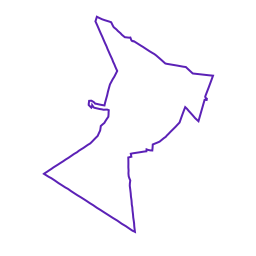 the district of Ana, Al-Anbar, Iraq, rotated 17°
{"feature_id": "34846034B40379251126698", "entity_name": "Ana", "entity_type": "district", "adm_level": 2, "iso_a3": "IRQ", "parent_name": "Iraq", "parent_adm1": "Al-Anbar", "projection": "mercator", "projection_center": [41.794, 34.329], "detail": "fine", "context": "isolated", "style": "outline", "palette": "violet", "viewbox_px": 256, "rotation_deg": 17, "n_neighbors": 0, "source": "geoboundaries", "source_scale": "gbopen_adm2", "svg_char_len": 2797}
<svg xmlns="http://www.w3.org/2000/svg" viewBox="0 0 256 256"><g transform="rotate(17 128 128)"><path d="M65.7,30.7L65.7,33.8L65.7,35.6L66.1,36.0L68.5,38.7L71.3,42.0L74.2,45.4L76.7,48.2L78.7,50.6L81.0,53.3L83.6,56.2L85.4,58.5L87.5,60.9L89.2,62.9L91.0,64.9L92.8,66.9L94.3,68.9L96.4,71.2L98.0,73.2L99.4,74.8L101.0,76.6L100.5,79.6L99.9,83.0L99.1,85.9L98.5,89.0L98.0,91.6L98.1,95.9L98.2,99.1L98.5,102.8L98.6,107.5L98.7,110.7L98.9,113.3L96.5,113.6L93.8,113.9L90.7,114.1L89.5,114.3L88.1,113.4L86.1,112.8L84.9,112.6L82.9,113.4L83.4,116.5L83.7,117.5L85.4,118.4L87.0,119.3L87.4,118.1L87.1,116.7L88.7,118.0L89.7,118.5L92.8,118.3L95.6,118.1L97.5,117.8L99.3,117.7L101.4,116.9L102.6,116.5L103.3,116.5L104.4,116.6L104.8,118.5L105.4,120.6L105.9,123.0L105.0,125.8L104.3,128.3L103.9,130.1L102.7,131.9L101.4,134.0L101.8,136.4L102.1,138.6L101.7,141.3L101.3,144.5L100.2,146.5L99.0,148.8L97.7,151.4L96.4,153.8L94.4,156.0L92.6,158.3L91.1,160.2L89.4,162.1L87.6,164.2L86.4,166.0L83.9,168.7L82.1,171.0L79.8,173.9L77.5,176.5L75.7,178.8L73.7,181.1L71.7,183.5L68.3,187.4L66.7,189.5L65.1,191.4L63.5,193.4L61.2,196.1L61.0,196.4L63.6,197.1L66.6,197.9L69.3,198.4L73.7,199.7L77.6,201.0L81.3,202.0L85.5,203.2L88.5,203.8L92.0,205.0L95.8,206.1L99.3,207.1L103.0,208.0L106.3,208.9L109.5,209.8L113.4,211.0L117.3,212.0L121.6,213.4L125.5,214.4L130.4,215.8L135.1,217.1L139.7,218.4L144.9,219.7L147.3,220.5L150.0,221.4L154.6,222.5L158.7,223.8L162.3,224.9L165.0,225.3L163.8,222.6L162.7,220.1L161.7,217.4L160.6,215.0L159.2,212.1L158.1,209.3L156.5,205.7L155.3,202.6L154.0,200.1L153.2,197.9L152.4,195.9L150.9,192.8L149.7,189.7L148.2,186.3L146.6,182.8L146.0,180.5L145.5,177.5L144.0,175.7L142.8,174.0L141.7,171.3L141.0,168.6L139.8,165.4L138.9,162.3L137.8,158.8L136.9,156.1L139.6,154.5L138.2,151.8L140.0,150.8L142.3,149.7L144.6,148.6L147.5,147.2L149.9,146.0L152.4,144.9L152.0,143.0L153.5,143.1L155.8,142.9L157.8,142.4L157.4,140.3L156.5,136.5L160.2,133.5L162.2,131.8L165.2,127.3L166.7,125.4L167.3,123.9L168.4,121.9L169.8,119.1L171.1,116.7L173.2,112.8L174.3,110.5L175.7,107.7L175.9,102.9L176.1,98.8L176.3,95.4L176.6,91.3L178.8,92.4L180.9,93.8L183.1,95.1L186.1,96.9L189.4,99.0L193.4,100.9L193.0,78.7L194.0,78.4L195.0,78.2L194.9,77.0L194.2,76.7L193.6,76.6L192.7,75.6L192.7,74.2L193.3,65.8L193.8,57.2L194.0,53.1L193.0,53.3L190.1,53.9L180.5,55.7L175.2,56.7L174.0,56.9L173.8,56.8L173.5,56.7L165.9,53.0L165.5,52.8L164.2,53.0L163.0,53.2L156.9,53.9L146.2,55.3L145.9,55.3L144.9,55.4L144.6,55.3L140.1,53.2L133.8,50.4L131.6,49.6L129.4,49.1L126.2,48.3L119.7,46.4L119.4,46.3L118.4,46.0L116.7,45.6L108.3,43.3L107.2,43.4L107.2,43.6L106.1,43.5L105.4,42.9L103.8,40.8L102.6,41.3L98.4,42.1L94.8,40.6L93.2,39.6L90.0,38.2L88.1,37.1L84.9,35.8L83.7,34.7L81.0,31.8L78.8,31.7L74.3,31.7L71.5,31.6L68.0,31.1L65.7,30.7Z" fill="none" stroke="#5b21b6" stroke-width="2"/></g></svg>